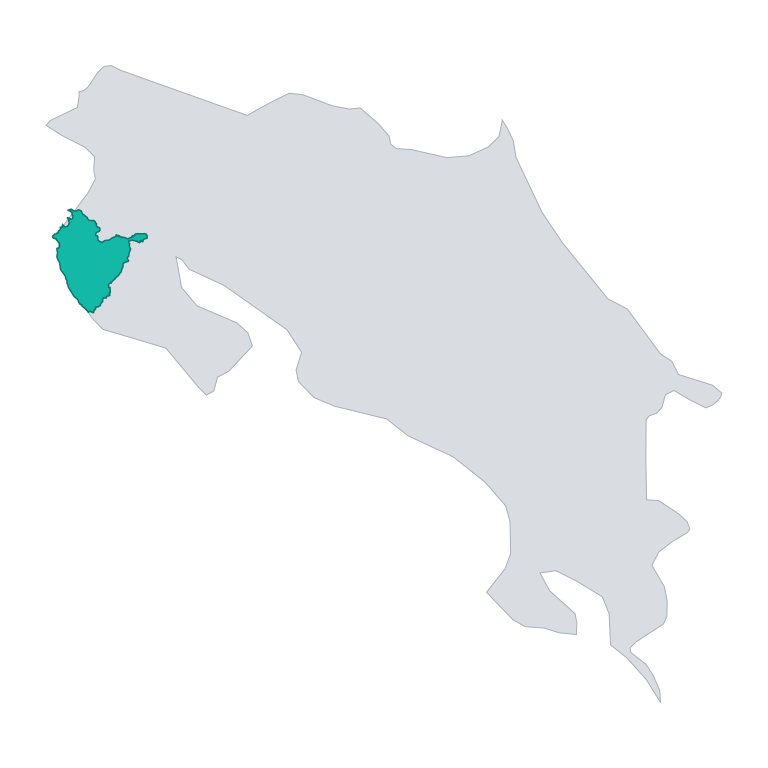 Santa Cruz, Guanacaste, Costa Rica (highlighted)
{"feature_id": "36466004B7119067190129", "entity_name": "Santa Cruz", "entity_type": "district", "adm_level": 2, "iso_a3": "CRI", "parent_name": "Costa Rica", "parent_adm1": "Guanacaste", "projection": "orthographic", "projection_center": [-85.683, 10.236], "detail": "fine", "context": "in_parent", "style": "filled", "palette": "teal", "viewbox_px": 768, "rotation_deg": 0, "n_neighbors": 0, "source": "geoboundaries", "source_scale": "gbopen_adm2", "svg_char_len": 7444}
<svg xmlns="http://www.w3.org/2000/svg" viewBox="0 0 768 768"><path d="M721.9,393.2L720.8,397.0L717.4,401.0L712.4,405.1L705.8,407.9L689.7,399.8L673.9,390.5L665.3,394.9L662.1,407.1L656.4,413.4L649.1,415.9L646.1,420.0L645.9,461.1L646.6,499.8L658.6,500.6L678.6,513.8L687.1,521.7L689.9,528.9L687.4,532.6L673.0,541.1L658.8,551.9L651.9,565.3L664.4,586.7L667.2,601.3L666.9,616.6L663.5,624.0L636.1,641.8L630.1,648.0L630.9,652.5L646.2,664.5L653.5,676.1L659.6,690.2L660.5,702.5L646.5,679.9L627.3,658.3L610.6,645.0L609.1,613.8L602.4,596.9L577.3,581.5L555.8,570.7L540.0,573.0L549.8,590.9L575.1,613.8L576.8,622.6L576.4,634.5L559.1,632.8L543.9,628.0L525.3,626.7L512.9,619.7L486.5,592.3L505.0,568.8L510.7,553.3L510.0,521.4L505.7,505.9L485.4,482.5L453.1,456.8L408.1,435.9L386.8,419.0L334.2,406.1L314.1,397.6L298.4,381.5L296.1,370.0L301.6,352.3L287.0,329.8L224.2,285.5L189.2,269.3L181.7,259.7L176.1,256.7L181.5,287.3L196.9,305.8L236.9,322.9L247.9,332.9L252.4,345.9L229.2,370.9L217.4,377.3L213.9,390.9L206.4,395.1L198.4,387.2L165.9,348.1L103.1,329.4L91.8,317.9L68.5,282.2L57.8,249.5L61.6,227.8L87.3,193.9L95.4,179.1L93.7,170.0L94.6,156.6L85.0,147.3L61.2,135.1L46.1,125.3L50.2,120.5L77.5,107.4L79.2,95.5L79.0,91.6L83.5,90.7L87.4,87.6L89.9,84.3L97.3,72.9L103.8,66.5L111.3,65.5L120.4,70.2L154.7,82.5L192.9,96.1L247.2,115.4L269.7,102.9L289.0,93.3L302.5,94.6L331.7,105.6L349.3,109.1L360.1,107.9L378.8,124.1L389.1,136.2L390.8,144.3L396.5,148.7L411.0,149.5L446.7,157.6L468.5,155.9L488.2,147.0L499.0,136.5L502.3,120.0L507.3,128.1L513.3,140.9L516.0,157.3L542.0,212.3L562.6,243.0L607.9,298.8L627.3,309.0L660.5,353.9L671.8,361.3L678.4,374.5L712.4,385.2L721.9,393.2Z" fill="#d9dde1" stroke="#a8b0b8" stroke-width="1"/><path d="M146.5,234.4L146.1,234.2L145.9,234.0L145.5,234.0L144.9,233.6L142.3,233.8L138.1,233.7L137.2,233.7L136.8,233.9L135.7,233.8L135.4,234.2L134.8,234.6L134.8,235.3L134.4,235.7L134.2,235.8L133.9,235.6L132.8,235.6L132.6,235.7L132.5,236.0L131.9,236.3L131.9,236.6L132.4,236.9L132.5,237.1L131.8,237.1L131.5,236.9L130.7,237.6L130.3,237.7L129.9,238.1L129.4,238.1L129.1,238.5L128.5,238.4L128.0,238.7L127.1,238.6L126.3,238.2L124.3,237.4L122.6,237.3L122.1,237.4L121.6,237.4L121.4,237.3L121.4,236.9L120.4,237.0L119.9,236.8L119.8,236.1L119.4,235.8L118.9,236.4L118.3,236.0L118.1,235.5L117.9,235.4L117.6,235.5L117.3,235.9L117.0,235.8L116.9,235.7L116.5,234.8L116.3,234.8L116.0,235.1L116.0,235.8L115.7,236.4L114.8,236.9L114.5,237.2L114.2,237.1L112.1,237.8L111.1,238.7L110.7,239.1L110.1,239.4L109.8,239.6L109.5,239.7L108.6,240.2L108.2,240.3L106.7,240.2L106.0,240.5L105.0,240.5L104.4,240.7L103.7,241.4L102.9,241.9L102.5,242.0L102.3,242.5L102.1,242.5L101.8,242.3L100.8,241.8L100.2,241.8L99.7,241.7L99.1,240.9L98.1,240.4L98.0,240.1L98.0,239.5L97.8,238.3L97.6,238.0L97.9,237.3L97.8,236.5L97.3,235.7L97.0,235.6L96.5,235.7L96.2,235.6L95.8,235.4L95.5,234.9L95.7,234.2L96.1,232.9L96.3,232.6L97.8,231.8L98.3,231.8L99.3,231.3L99.6,230.8L99.9,230.6L100.0,229.3L99.7,228.1L99.0,227.4L98.7,227.2L97.6,227.2L96.8,226.6L96.7,226.0L96.4,225.5L96.5,223.7L96.3,223.4L95.6,223.1L95.1,221.8L95.1,221.5L94.4,220.8L93.7,220.5L91.4,220.6L90.0,220.5L88.7,220.0L87.6,218.9L87.3,217.6L86.8,217.1L84.9,215.8L84.5,215.1L83.4,214.6L82.6,214.0L82.0,213.1L81.7,211.9L81.3,211.0L79.3,210.0L78.2,209.8L77.4,210.4L76.0,211.0L75.7,210.9L74.1,211.0L73.6,210.9L73.3,210.7L73.1,210.3L72.6,209.9L72.0,209.7L71.6,209.3L71.2,209.5L71.0,209.3L70.1,209.4L69.6,209.7L69.2,209.7L68.7,210.1L68.2,210.1L68.1,210.5L68.4,210.7L69.1,210.4L69.8,210.5L70.2,210.8L70.4,211.0L70.1,211.3L70.3,211.6L70.7,211.8L71.2,211.6L71.8,212.1L71.8,212.6L72.1,213.1L72.0,214.4L72.3,214.6L72.2,215.4L72.3,215.7L72.9,215.7L73.0,216.2L73.0,217.0L72.6,218.3L71.7,219.2L70.5,219.4L70.2,219.1L70.2,218.7L69.5,218.4L69.2,218.0L67.5,217.7L67.4,218.1L68.3,219.1L68.9,220.0L68.9,220.5L68.8,220.9L68.6,220.9L68.5,221.2L69.3,222.4L69.5,222.8L69.4,223.0L69.0,223.3L68.8,224.5L68.1,225.3L67.6,226.3L67.3,226.5L65.7,226.8L64.4,226.8L64.1,226.7L64.0,226.1L63.6,225.3L63.1,225.4L63.0,225.2L62.7,225.2L62.5,224.9L62.3,225.8L62.4,226.0L62.2,226.3L62.4,227.0L62.1,227.0L62.1,227.5L61.3,227.8L60.9,227.4L60.3,227.3L60.3,227.6L60.6,228.1L60.4,229.0L59.7,230.1L58.8,230.7L58.7,231.0L58.3,231.2L58.3,231.5L58.1,231.9L58.1,232.3L58.0,232.6L58.2,232.9L57.6,233.3L57.1,233.1L56.7,233.2L56.7,233.3L56.2,233.9L55.6,234.0L55.2,234.2L54.8,234.1L54.5,234.1L54.3,234.6L53.6,235.3L52.9,235.8L52.7,236.1L52.6,236.5L52.8,236.9L52.8,237.5L53.3,238.1L53.8,238.2L54.0,238.4L54.5,238.2L54.8,238.3L55.3,238.9L56.1,238.7L56.6,240.1L57.3,240.8L57.7,241.5L58.5,242.1L58.8,242.5L59.4,243.5L59.7,244.8L59.7,246.2L59.0,247.5L58.7,248.0L58.0,248.2L57.3,248.2L56.9,248.4L56.9,249.2L57.1,250.9L57.6,252.3L57.4,253.1L57.4,253.8L57.0,255.2L56.9,257.1L58.3,260.5L59.3,261.7L59.4,262.5L59.9,263.4L59.8,265.1L60.2,266.0L60.4,269.2L60.8,269.7L61.5,271.0L62.3,271.9L63.8,274.0L64.3,274.6L64.8,275.5L65.3,276.2L65.6,277.0L65.7,278.7L67.0,280.6L67.0,283.2L67.3,284.0L67.8,284.8L68.0,285.4L68.3,287.2L71.9,292.9L72.5,294.0L73.0,294.7L73.3,295.4L74.7,297.0L76.1,298.2L77.1,298.8L77.3,299.1L77.4,299.5L78.0,300.0L78.9,302.7L79.8,303.4L79.7,303.9L80.7,304.7L81.1,304.5L82.0,305.1L81.9,305.8L82.5,306.6L83.3,307.2L84.0,307.5L84.3,307.9L84.6,307.9L86.1,309.4L86.6,310.2L87.2,310.7L88.3,312.2L88.5,312.3L88.8,312.0L89.9,311.2L92.4,312.5L92.8,312.4L93.1,312.7L93.5,312.7L93.9,311.8L93.7,310.4L94.2,310.3L94.6,310.0L94.9,309.5L95.5,309.4L95.5,308.4L95.7,308.0L95.7,307.3L95.9,307.0L96.8,307.1L97.7,306.9L98.2,306.9L99.3,306.0L100.1,305.7L100.5,305.3L100.6,303.9L100.7,303.7L101.2,303.2L102.0,302.1L102.5,301.8L102.8,301.3L102.8,301.0L102.5,300.8L102.5,300.5L102.7,300.2L102.7,299.4L103.3,298.6L103.2,297.9L103.7,297.6L104.1,297.6L105.0,298.1L105.7,298.2L106.4,297.7L106.5,297.3L106.5,296.4L107.2,296.3L108.2,295.9L108.4,296.0L108.8,296.0L109.1,295.4L109.8,295.4L109.8,294.8L109.4,294.3L109.5,294.0L109.2,293.9L109.1,293.5L109.5,292.9L109.9,292.9L110.3,292.6L110.0,291.8L110.4,291.2L110.2,289.8L109.9,289.1L109.9,288.9L110.1,288.6L110.2,288.1L110.1,287.7L109.8,287.3L109.5,287.3L109.3,287.4L108.7,287.3L108.4,285.8L108.6,285.6L108.5,285.3L108.7,284.4L108.9,284.1L110.2,283.1L111.3,283.0L111.4,282.0L112.2,281.6L112.6,281.0L114.8,278.9L115.3,278.7L115.4,278.2L115.8,277.9L116.6,276.9L116.9,276.7L117.2,276.4L117.8,276.2L118.1,275.7L118.5,275.4L118.9,274.7L119.5,274.2L119.8,273.3L120.6,272.6L121.2,271.9L121.4,271.4L121.4,269.9L121.9,269.4L122.4,267.8L123.0,266.9L123.0,265.8L123.1,265.3L123.0,263.9L124.6,262.4L125.0,262.4L125.1,262.2L125.8,262.2L126.7,261.7L127.9,261.6L128.2,261.4L128.5,261.0L128.4,260.4L127.4,258.8L127.3,258.1L127.4,257.7L127.9,256.8L128.1,256.7L128.2,256.8L128.4,256.7L128.5,256.4L128.8,256.0L128.9,253.7L129.1,253.0L129.8,251.5L130.1,250.2L130.4,249.8L130.5,249.3L130.5,248.4L129.9,247.8L129.6,247.2L129.4,246.5L129.4,244.9L129.7,243.8L129.6,243.6L129.1,243.2L128.7,242.4L128.6,241.5L128.7,241.0L128.9,240.9L129.3,241.0L129.7,241.0L130.3,240.8L131.0,240.3L131.5,240.2L132.4,240.1L133.2,240.6L134.8,240.6L135.2,240.9L135.9,240.9L136.4,241.4L137.6,241.4L138.0,242.2L138.7,242.3L139.3,242.7L139.7,242.5L140.1,242.0L140.5,242.0L140.6,241.6L140.3,241.3L140.2,240.8L140.6,240.7L140.8,240.3L141.1,240.3L141.4,240.4L141.6,241.0L141.9,241.4L142.6,241.7L142.9,241.7L143.0,241.6L143.0,240.4L143.3,239.9L143.8,239.5L144.1,238.8L145.4,238.8L145.8,238.4L147.0,238.3L147.1,237.3L147.3,236.8L147.3,236.1L147.0,235.4L146.6,235.2L146.5,234.4Z" fill="#14b8a6" stroke="#0f766e" stroke-width="1.5"/></svg>